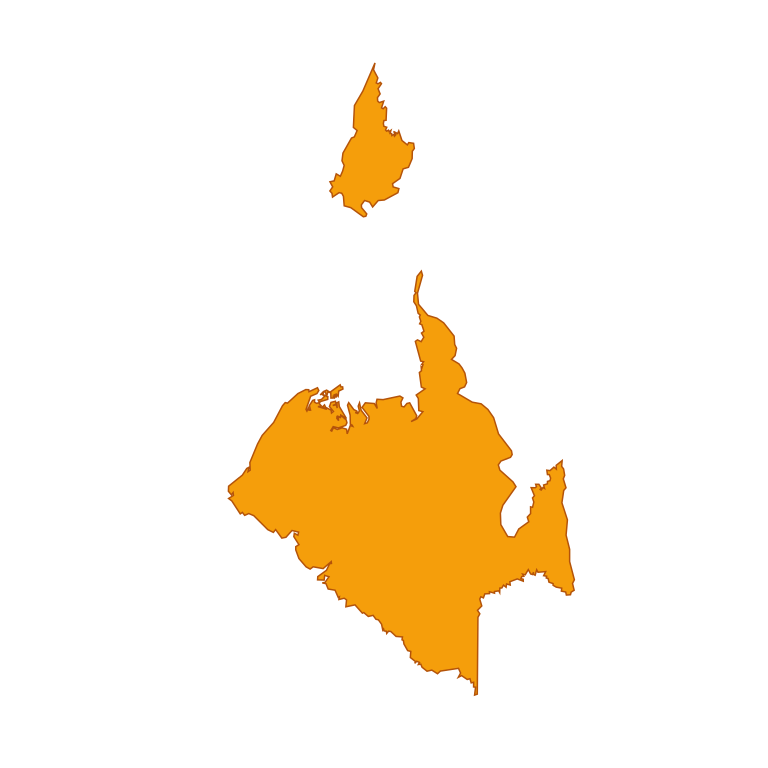 the district of Tumaco, Nariño, Colombia, rotated 353°
{"feature_id": "7082276B11470740818947", "entity_name": "Tumaco", "entity_type": "district", "adm_level": 2, "iso_a3": "COL", "parent_name": "Colombia", "parent_adm1": "Nariño", "projection": "robinson", "projection_center": [-78.664, 1.822], "detail": "fine", "context": "isolated", "style": "filled", "palette": "amber", "viewbox_px": 768, "rotation_deg": 353, "n_neighbors": 0, "source": "geoboundaries", "source_scale": "gbopen_adm2", "svg_char_len": 6160}
<svg xmlns="http://www.w3.org/2000/svg" viewBox="0 0 768 768"><g transform="rotate(353 384 384)"><path d="M551.5,481.7L545.0,485.7L544.7,489.5L542.5,487.2L538.2,490.2L535.1,489.4L535.2,493.8L537.0,494.1L537.9,497.7L537.0,500.2L534.4,500.6L534.0,503.0L530.1,503.7L530.6,507.2L529.2,506.1L527.1,508.4L526.1,507.7L527.4,506.2L525.5,502.4L522.3,502.0L522.8,504.5L521.4,505.4L517.4,504.8L519.7,513.2L517.5,515.2L518.3,519.4L516.4,524.5L514.5,523.8L513.7,530.5L510.0,533.6L510.9,538.4L500.1,544.3L494.9,551.9L488.2,550.5L482.8,537.8L483.8,526.3L487.2,518.8L502.5,502.0L500.1,496.9L488.5,483.6L487.6,478.2L490.7,474.7L500.6,472.2L502.6,469.7L502.4,465.9L491.6,447.5L488.7,430.8L484.0,421.9L478.0,415.5L469.4,412.8L455.8,402.4L458.8,397.9L463.6,396.7L466.2,392.6L465.6,383.1L463.4,377.5L460.9,373.2L454.0,367.8L458.0,364.5L460.4,357.4L459.0,353.4L459.4,345.0L450.7,330.6L444.5,325.1L435.9,321.3L428.0,309.1L428.3,298.0L435.5,280.8L434.8,276.5L430.0,281.2L425.8,295.8L426.9,297.3L424.6,299.7L423.6,306.0L425.7,310.3L426.5,318.0L428.4,320.0L427.3,321.7L428.2,326.3L426.7,328.6L428.8,329.8L430.1,336.5L427.4,338.0L429.2,342.4L426.0,346.5L422.6,344.3L420.3,345.5L423.2,365.7L426.0,366.7L423.8,369.2L425.0,369.6L423.7,372.4L423.0,371.5L422.8,375.4L420.5,376.9L420.7,391.6L424.2,393.8L414.6,398.9L416.3,402.5L415.3,414.6L419.2,416.2L412.3,422.7L406.3,424.6L411.4,422.2L412.6,419.5L407.2,405.8L404.4,406.1L401.1,409.2L398.7,408.2L398.6,404.0L401.1,400.1L398.3,397.9L381.2,399.4L375.2,398.3L373.9,401.8L374.3,407.5L372.0,402.2L363.2,400.4L359.4,404.5L365.1,414.3L364.8,417.2L362.7,420.5L360.0,421.0L363.0,415.6L358.1,407.3L357.4,399.7L355.7,402.8L356.3,407.8L354.3,410.1L351.9,408.8L353.9,408.9L353.8,407.6L350.9,405.7L346.7,398.2L345.2,400.6L346.6,410.8L345.7,419.7L347.4,421.0L347.9,422.3L345.5,421.1L341.4,429.0L341.3,424.3L337.1,422.4L332.1,423.5L328.5,421.2L326.4,424.4L325.5,423.7L328.4,420.1L333.4,422.0L340.9,420.4L342.5,418.0L342.1,415.0L337.5,410.0L336.7,412.0L334.8,411.5L333.7,410.6L333.2,412.2L334.1,412.1L334.4,412.5L334.5,414.9L333.0,412.2L333.3,410.7L333.9,410.2L336.7,411.6L337.3,409.5L342.5,413.7L336.9,400.9L336.9,396.2L334.9,396.9L334.6,402.2L334.1,398.8L330.5,399.1L334.0,398.0L333.7,395.2L329.1,395.8L327.1,399.7L330.5,405.1L328.4,406.4L328.3,403.5L323.2,400.0L322.4,397.5L320.3,399.2L324.2,402.2L315.7,398.4L319.2,398.2L317.4,395.7L318.2,393.8L326.3,392.4L326.7,389.7L325.5,389.3L327.3,385.1L330.1,386.2L329.6,391.5L332.8,391.8L332.1,389.9L332.8,389.7L333.2,391.5L334.7,390.1L335.1,391.6L335.4,389.9L333.5,389.5L333.3,388.7L335.5,388.2L337.0,390.5L338.2,385.5L342.6,384.0L342.6,381.8L340.9,381.6L340.4,379.5L329.4,385.6L326.3,383.1L323.0,384.1L319.3,387.1L320.5,386.4L322.7,387.9L323.7,387.8L322.4,387.4L322.7,385.0L324.6,384.3L325.5,387.3L320.1,391.7L316.7,392.0L317.8,394.5L314.8,395.0L312.8,393.6L313.2,391.2L311.2,391.6L307.3,396.3L307.9,401.0L306.4,400.9L306.0,398.5L304.2,401.5L303.5,399.7L309.7,387.2L316.3,385.3L318.5,382.5L317.5,379.6L308.6,382.5L308.6,380.5L305.7,380.0L297.4,383.0L285.9,391.2L283.7,390.4L280.6,393.2L269.8,408.7L256.8,420.2L251.2,428.1L241.3,445.6L240.7,453.2L238.4,454.4L239.8,450.2L237.5,451.1L232.3,457.2L217.3,466.5L216.5,471.5L219.0,475.4L221.0,473.4L221.0,476.2L215.8,478.7L218.7,481.5L225.5,495.4L227.8,494.2L229.7,497.4L234.0,496.1L238.7,498.8L250.9,514.4L256.1,517.8L258.7,515.3L263.8,524.5L268.0,524.2L274.8,518.2L281.2,520.6L280.1,523.6L276.8,521.2L275.9,524.5L280.0,533.1L276.6,534.7L276.2,537.9L278.3,546.9L284.4,556.0L288.1,558.7L291.4,556.8L301.1,559.8L310.0,553.8L310.0,555.7L308.1,555.8L304.2,561.9L294.8,567.1L294.2,570.3L300.7,571.3L301.8,566.7L305.9,568.6L301.3,573.7L298.5,573.9L302.1,575.1L303.6,580.7L310.3,582.7L312.6,590.3L313.8,589.8L313.0,592.4L318.4,591.8L320.5,593.7L319.0,600.5L328.3,599.7L334.6,608.8L336.1,608.4L340.1,612.8L345.0,612.3L347.3,616.5L349.7,617.4L352.3,622.1L352.8,628.1L353.7,627.1L354.0,629.1L356.2,629.7L356.3,631.9L358.4,629.9L360.6,630.5L365.2,636.0L371.5,637.3L370.7,640.1L372.0,640.9L372.1,644.5L375.0,651.5L378.0,652.7L376.8,658.7L381.4,663.3L380.5,665.0L382.7,663.2L385.3,664.7L383.9,666.6L386.4,666.6L387.2,669.7L391.7,674.3L396.6,673.8L401.8,678.1L405.0,675.8L423.3,675.3L424.8,680.2L422.0,684.2L425.5,682.9L430.6,687.4L433.4,687.0L434.1,691.3L436.6,691.0L436.0,695.6L437.9,696.1L436.0,703.8L438.8,703.2L448.8,627.0L451.1,623.8L449.2,620.0L454.0,616.2L452.8,609.1L454.2,607.0L456.6,608.4L458.5,604.6L463.2,604.9L463.3,603.0L468.2,605.1L468.3,603.4L472.7,603.3L473.4,605.1L474.1,600.7L476.1,600.8L478.1,598.2L480.4,600.6L481.3,597.4L484.8,598.9L484.8,595.6L492.5,593.7L498.2,596.7L498.4,594.8L496.2,593.8L497.2,591.9L499.3,591.9L498.4,589.6L500.9,590.6L504.6,585.8L506.4,590.4L508.2,591.2L509.5,588.9L508.9,591.0L510.7,592.2L512.9,587.0L513.9,589.6L521.6,589.9L519.1,593.7L522.0,594.6L521.4,596.3L523.2,597.1L523.6,600.8L527.5,602.7L527.3,604.4L530.2,606.6L535.5,608.3L534.8,611.2L539.0,612.6L539.3,615.7L543.4,615.9L544.4,613.4L547.6,611.9L546.8,604.9L549.1,601.5L546.6,582.9L548.1,570.7L546.3,556.2L549.5,541.2L546.1,523.6L549.4,511.6L552.0,509.2L550.4,500.0L552.2,496.7L551.9,490.2L550.3,487.4L551.5,481.7ZM415.2,79.5L411.9,70.8L414.2,64.2L398.7,90.7L388.6,104.0L384.9,125.6L388.2,129.1L384.7,135.1L381.7,135.9L371.4,149.8L369.5,157.3L371.1,162.2L368.9,167.6L366.0,172.5L362.2,169.6L359.3,176.3L355.0,176.7L357.1,182.1L353.8,185.8L355.6,188.4L355.7,192.2L362.7,188.6L365.3,189.5L366.6,192.7L366.2,202.3L372.5,204.9L383.9,215.5L386.4,215.3L387.6,213.1L383.2,206.2L383.4,203.4L387.1,199.5L391.9,201.7L394.3,206.9L400.6,201.2L406.8,201.4L421.1,195.8L422.6,191.9L417.1,189.5L416.9,186.2L424.9,181.9L429.2,172.8L434.7,171.9L439.4,163.7L440.5,156.4L442.8,154.0L442.7,148.7L438.0,147.4L436.3,149.5L431.5,144.5L429.5,134.6L428.0,137.1L424.3,134.5L426.1,138.0L424.6,139.3L424.3,137.4L422.1,138.4L422.1,136.4L420.5,136.1L421.8,133.1L419.9,134.2L419.4,132.6L417.5,133.4L416.5,132.1L418.0,129.5L415.3,128.2L415.1,125.4L416.0,122.5L418.2,122.5L420.2,110.6L419.0,108.9L416.7,110.7L415.2,109.6L418.2,103.2L413.6,104.1L412.2,102.4L412.4,99.0L415.5,95.6L414.1,90.2L418.1,85.6L417.2,84.2L414.6,85.3L413.0,84.2L415.2,79.5Z" fill="#f59e0b" stroke="#b45309" stroke-width="1.5"/></g></svg>